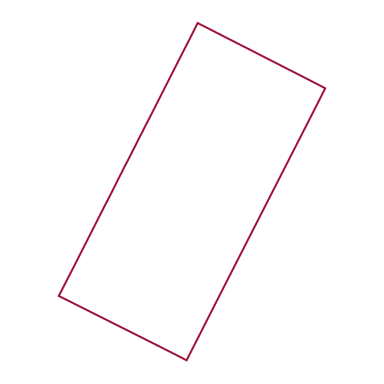 the district of Goshen, Wyoming, United States of America, rotated 207°
{"feature_id": "52423323B4869089026067", "entity_name": "Goshen", "entity_type": "district", "adm_level": 2, "iso_a3": "USA", "parent_name": "United States of America", "parent_adm1": "Wyoming", "projection": "robinson", "projection_center": [-104.151, 42.088], "detail": "fine", "context": "isolated", "style": "outline", "palette": "rose", "viewbox_px": 384, "rotation_deg": 207, "n_neighbors": 0, "source": "geoboundaries", "source_scale": "gbopen_adm2", "svg_char_len": 641}
<svg xmlns="http://www.w3.org/2000/svg" viewBox="0 0 384 384"><g transform="rotate(207 192 192)"><path d="M120.3,319.2L120.4,344.9L134.8,345.0L244.9,345.1L263.7,345.1L263.6,336.9L263.6,330.7L263.5,328.0L263.6,323.5L263.6,321.5L263.6,306.0L263.6,295.7L263.5,251.2L263.5,245.2L263.5,242.6L263.6,225.6L263.5,224.8L263.5,219.3L263.6,219.2L263.6,218.1L263.6,217.2L263.6,213.0L263.5,211.4L263.5,195.8L263.5,191.7L263.6,181.2L263.5,178.6L263.5,177.6L263.6,169.0L263.5,168.0L263.4,144.7L263.5,144.7L263.5,142.2L263.4,71.6L263.5,39.2L263.5,38.9L149.8,39.6L120.4,39.6L120.5,120.8L120.3,319.2Z" fill="none" stroke="#9f1239" stroke-width="2"/></g></svg>